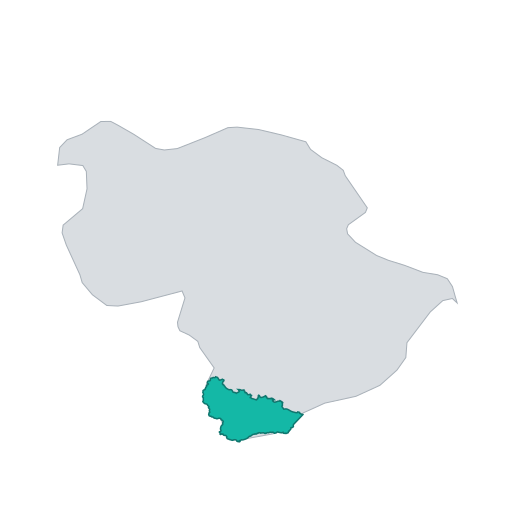 Kirehe, Eastern, Rwanda shown in context, rotated 71°
{"feature_id": "39286606B14634167117771", "entity_name": "Kirehe", "entity_type": "district", "adm_level": 2, "iso_a3": "RWA", "parent_name": "Rwanda", "parent_adm1": "Eastern", "projection": "natural_earth1", "projection_center": [30.661, -2.196], "detail": "fine", "context": "in_parent", "style": "filled", "palette": "teal", "viewbox_px": 512, "rotation_deg": 71, "n_neighbors": 0, "source": "geoboundaries", "source_scale": "gbopen_adm2", "svg_char_len": 6891}
<svg xmlns="http://www.w3.org/2000/svg" viewBox="0 0 512 512"><g transform="rotate(71 256 256)"><path d="M203.4,145.6L209.1,145.5L246.7,135.1L250.4,138.3L256.5,158.5L259.7,161.4L264.9,162.2L275.4,157.5L294.8,141.8L303.2,132.2L313.1,118.7L325.8,103.5L332.9,90.3L339.8,82.5L348.9,80.2L358.9,80.8L365.9,81.1L360.1,84.2L359.0,93.9L365.6,109.4L387.1,141.5L400.8,147.4L409.8,159.9L418.6,180.9L421.2,207.2L417.5,238.8L419.7,262.4L427.6,277.8L429.7,297.8L425.9,322.4L421.4,337.1L416.0,342.0L409.8,343.8L401.5,342.1L391.4,344.2L380.4,348.8L373.5,349.5L369.2,348.6L361.1,344.7L348.2,332.0L324.3,339.0L317.8,338.8L309.0,344.9L301.9,352.3L297.5,352.8L293.1,351.8L272.5,336.8L265.0,337.3L261.9,379.4L258.4,402.8L254.2,413.2L239.4,423.3L224.6,429.0L216.4,428.6L183.8,431.8L171.0,431.8L164.0,428.3L154.8,404.5L137.5,393.9L120.8,388.9L114.1,390.3L108.0,402.8L105.6,414.0L89.5,406.3L84.6,396.8L84.2,380.8L78.3,358.9L81.5,349.5L87.9,343.5L101.2,331.9L121.6,315.9L125.9,308.2L128.8,295.5L127.5,265.8L125.5,240.8L128.0,231.9L137.2,212.5L149.7,192.7L164.2,171.7L173.0,169.7L184.5,161.8L196.6,150.0L203.4,145.6Z" fill="#d9dde1" stroke="#a8b0b8" stroke-width="1"/><path d="M391.3,292.9L391.5,293.8L391.7,295.4L391.5,297.0L391.4,297.4L391.1,297.6L391.0,298.0L390.0,298.2L389.3,298.2L389.0,298.3L388.9,298.5L388.5,298.8L388.8,299.3L390.2,299.8L390.7,300.2L390.9,300.6L391.1,300.6L391.4,301.0L391.5,301.0L391.6,301.6L391.8,301.7L392.0,302.1L392.2,302.3L392.1,302.6L391.8,303.0L389.9,305.5L389.3,306.5L388.5,306.8L388.0,307.5L386.7,306.1L386.6,305.7L386.4,305.6L386.1,306.0L385.6,306.2L385.6,306.6L384.8,306.6L384.8,306.9L384.8,307.7L384.5,308.8L384.3,309.0L383.9,309.1L383.5,309.3L383.0,309.2L382.7,309.4L382.5,309.6L382.2,309.6L382.1,309.8L381.8,310.0L381.8,310.7L381.5,310.8L380.0,310.7L379.7,310.9L379.6,311.1L379.4,311.2L379.1,311.2L378.7,311.1L378.7,311.5L378.3,313.2L378.0,313.8L377.5,314.2L377.1,314.7L376.5,316.2L376.8,316.0L377.2,316.1L377.8,316.0L378.0,315.7L378.4,315.7L378.6,316.2L378.9,316.4L379.0,316.6L379.1,317.2L379.1,317.5L379.1,318.4L379.4,319.4L379.0,319.6L378.3,320.2L378.3,320.4L378.0,320.6L377.9,321.1L377.5,321.8L377.1,322.1L376.7,322.1L375.2,322.4L374.7,322.6L374.1,323.5L373.7,324.9L373.2,325.6L372.7,326.0L372.2,326.5L371.0,327.3L369.8,327.8L369.0,327.9L368.5,328.3L368.1,328.3L367.8,328.5L367.5,328.4L367.0,328.8L366.9,329.1L366.3,329.3L366.0,329.2L365.9,329.3L365.5,329.2L365.4,329.0L365.2,328.9L364.4,328.5L364.2,328.3L363.9,327.8L363.7,327.2L363.2,326.8L362.6,326.8L362.2,327.4L361.7,327.8L361.8,327.9L361.6,328.3L361.7,330.0L361.5,330.6L361.5,331.1L358.3,331.9L357.1,333.5L357.4,333.7L357.6,334.4L357.4,335.1L357.2,335.4L356.9,336.1L356.9,336.3L357.2,337.1L356.9,337.9L356.8,338.2L357.0,338.8L357.2,339.0L358.1,339.5L358.3,339.6L358.6,339.6L358.8,339.8L358.9,340.0L358.9,340.8L358.7,342.0L359.0,342.7L359.5,343.1L360.3,343.3L360.8,343.1L361.2,342.7L361.5,342.7L361.7,342.9L362.0,343.7L362.1,344.6L362.3,344.9L362.6,345.0L363.0,345.0L363.7,345.8L364.0,346.4L364.4,346.7L365.3,347.3L365.3,347.5L365.5,347.5L365.7,347.9L365.7,348.3L365.7,349.2L366.0,349.9L366.6,350.0L367.2,350.4L367.7,350.7L368.7,350.5L370.0,350.7L370.6,351.3L370.7,351.6L370.9,351.9L371.5,352.3L371.9,352.4L372.6,352.0L372.9,351.9L373.9,352.4L375.0,352.6L375.5,352.8L375.8,353.1L375.9,353.3L376.1,353.6L376.7,353.6L377.8,353.2L378.9,352.5L379.4,351.8L379.8,351.1L380.1,350.7L380.9,350.3L381.4,350.4L381.7,350.3L382.4,349.8L382.9,349.6L383.2,349.6L383.5,350.0L383.9,350.3L384.1,350.3L385.0,349.9L385.6,349.7L386.1,349.8L386.8,350.4L387.0,350.4L388.0,350.6L388.6,350.5L388.9,351.2L389.2,351.7L389.7,351.8L390.6,352.4L391.6,352.3L391.8,352.3L392.6,351.5L392.7,351.3L392.7,350.9L392.8,350.7L393.5,350.5L393.8,350.2L394.1,349.4L394.3,349.1L395.6,348.4L396.1,347.6L396.5,346.8L397.0,346.3L397.2,345.9L397.3,345.2L397.3,343.8L397.4,343.5L398.1,342.4L398.5,342.2L399.1,342.3L399.5,342.2L399.8,342.0L400.5,341.2L401.8,340.8L402.6,341.6L403.3,341.9L404.4,342.3L405.0,343.5L405.4,344.2L406.3,345.0L407.7,345.8L408.6,346.0L409.4,345.9L409.6,345.9L409.9,346.1L410.3,346.6L410.3,347.6L410.3,347.8L410.5,347.9L410.8,348.0L412.2,347.4L412.6,347.6L413.0,347.6L413.0,347.8L413.2,347.7L413.0,346.6L413.5,346.1L413.5,345.4L413.8,345.1L414.2,345.2L414.9,344.9L415.3,344.2L415.5,344.0L415.6,343.6L415.8,343.0L417.3,342.4L417.7,342.6L417.8,342.8L418.0,342.8L418.7,342.8L419.4,342.6L419.7,342.3L420.2,341.5L420.9,340.9L421.1,340.3L422.0,339.3L422.7,338.0L422.7,337.7L422.5,337.3L422.6,337.1L422.8,336.3L422.7,336.1L422.9,335.7L423.1,335.2L423.9,334.4L424.5,334.3L424.8,334.4L425.0,334.1L425.6,333.6L425.9,332.9L426.1,332.6L426.3,332.0L426.2,331.7L425.6,332.0L425.3,332.0L425.2,331.3L425.4,330.6L425.0,329.6L425.5,328.7L425.6,328.2L425.7,326.0L425.6,324.2L425.5,323.8L425.3,323.4L425.2,322.8L424.9,322.3L424.7,321.8L424.4,321.1L424.3,320.9L424.5,320.4L424.5,319.6L424.2,318.5L423.8,317.6L423.7,317.3L423.8,316.5L424.0,315.6L423.8,314.9L423.8,314.7L424.2,314.4L424.4,314.1L424.4,313.6L424.4,313.1L424.3,312.9L424.0,312.6L424.0,312.4L424.3,311.9L424.2,311.5L424.0,311.3L424.1,311.1L424.1,310.4L424.3,310.1L424.6,309.5L424.9,309.5L425.0,309.2L425.1,308.4L425.3,307.7L425.5,306.6L425.9,306.1L426.2,305.9L426.4,305.7L426.5,305.4L426.8,305.2L426.6,304.6L426.9,303.9L426.7,303.3L426.6,303.0L426.8,302.5L427.2,301.8L427.2,300.8L427.1,300.3L427.3,299.8L427.5,299.2L427.8,298.8L428.0,298.4L427.9,297.9L428.2,297.5L428.2,297.3L428.2,297.2L428.5,297.1L429.1,296.5L429.5,296.4L429.7,296.1L429.7,294.8L429.8,294.2L429.3,293.3L429.3,293.1L429.8,292.2L430.0,292.1L430.3,291.5L430.8,290.8L431.0,290.3L431.4,289.7L431.5,289.0L431.5,287.8L432.3,287.9L432.7,287.4L433.0,286.8L433.0,286.1L433.1,285.9L433.5,285.7L433.7,284.6L433.5,284.0L433.6,283.5L433.5,283.0L432.7,282.5L432.6,282.0L432.4,281.7L432.1,281.7L431.9,280.9L431.4,280.2L431.1,279.6L430.5,279.1L429.8,278.9L429.8,278.1L430.0,277.6L429.7,276.5L429.5,276.2L429.2,276.1L428.5,276.0L428.1,275.8L427.5,275.4L421.2,263.2L421.0,263.3L421.0,263.8L420.9,263.9L420.5,264.2L420.3,264.7L419.5,265.1L419.3,265.6L418.9,266.0L418.5,265.8L418.0,265.8L417.3,266.8L417.0,267.4L417.5,267.9L417.5,268.3L417.1,269.3L415.3,272.1L414.1,273.5L412.2,275.1L411.3,276.0L410.9,276.5L410.4,277.3L410.1,278.2L409.9,279.6L406.7,280.5L406.0,280.0L405.9,279.7L405.5,279.7L405.1,279.5L404.7,279.2L404.3,279.0L403.8,279.0L403.4,279.2L403.1,278.5L402.1,279.1L400.5,280.5L400.7,280.8L400.9,280.9L400.4,282.6L400.5,284.1L400.4,284.5L400.5,284.9L400.2,286.3L399.7,286.7L398.3,287.2L398.3,287.4L397.5,287.2L397.9,285.5L396.9,286.1L396.7,286.3L396.1,286.7L396.0,287.0L395.6,287.4L395.5,287.7L395.7,287.9L395.5,288.1L395.7,288.4L395.5,288.6L395.6,288.8L395.4,289.4L395.2,289.6L395.0,290.0L394.8,290.3L394.9,290.6L394.9,291.0L394.8,291.3L394.6,291.5L393.8,291.7L393.6,292.0L393.4,292.0L393.1,291.8L392.7,291.8L392.3,292.1L392.1,292.6L391.6,292.3L391.3,292.3L391.2,292.4L391.3,292.9Z" fill="#14b8a6" stroke="#0f766e" stroke-width="1.5"/></g></svg>